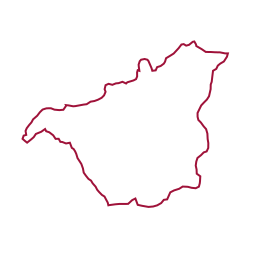 Alethriko, Larnaca, Cyprus (Natural Earth projection), rotated 85°
{"feature_id": "46923920B84228203129676", "entity_name": "Alethriko", "entity_type": "district", "adm_level": 2, "iso_a3": "CYP", "parent_name": "Cyprus", "parent_adm1": "Larnaca", "projection": "natural_earth1", "projection_center": [33.491, 34.86], "detail": "fine", "context": "isolated", "style": "outline", "palette": "rose", "viewbox_px": 256, "rotation_deg": 85, "n_neighbors": 0, "source": "geoboundaries", "source_scale": "gbopen_adm2", "svg_char_len": 2138}
<svg xmlns="http://www.w3.org/2000/svg" viewBox="0 0 256 256"><g transform="rotate(85 128 128)"><path d="M47.6,54.4L47.8,56.0L50.5,60.0L51.0,62.9L49.3,65.2L49.5,67.5L52.9,70.6L57.8,76.0L59.6,79.5L61.8,84.0L65.1,85.3L67.0,86.7L69.1,90.1L69.9,93.7L73.0,95.4L73.1,98.8L70.2,99.4L63.0,101.8L61.7,102.7L60.7,105.4L61.1,109.0L62.5,110.5L65.8,111.9L67.9,111.9L72.0,111.7L71.3,113.3L73.4,114.1L77.4,114.4L80.0,115.7L81.1,118.4L82.4,124.7L83.5,126.0L81.5,129.5L82.5,133.5L82.5,136.2L83.6,139.8L82.3,143.5L83.4,146.6L87.3,147.9L90.0,147.2L93.4,149.0L95.6,151.6L97.2,155.4L98.2,159.1L98.5,163.0L100.7,167.1L100.8,170.1L101.1,173.2L101.6,178.5L101.6,180.7L100.3,185.3L99.8,187.8L100.3,187.6L104.2,190.8L104.2,194.9L103.3,199.7L101.6,203.1L101.3,207.4L101.7,209.4L102.2,211.5L104.6,214.4L107.9,217.4L111.1,221.8L114.0,223.7L116.4,226.2L119.4,228.9L122.0,230.3L126.0,230.0L126.5,232.6L129.6,234.0L132.2,231.5L133.8,229.8L130.8,225.3L128.9,222.7L125.9,220.3L124.2,214.8L121.8,210.7L124.1,209.8L125.4,206.8L128.8,203.1L132.5,201.1L132.7,198.0L135.9,196.6L136.2,194.7L138.0,191.1L137.6,187.2L142.9,185.7L144.2,184.0L146.7,182.7L149.3,181.8L153.6,180.9L157.5,178.8L159.8,177.6L164.4,176.4L168.6,176.0L172.0,174.0L175.3,171.8L177.2,169.4L180.1,168.0L183.6,165.4L186.8,164.1L189.2,162.4L192.4,159.8L194.2,157.4L198.0,155.8L200.5,154.7L203.3,154.3L203.2,153.6L202.9,147.3L202.9,143.1L203.3,138.7L203.6,134.5L200.2,130.1L198.9,126.8L205.4,125.0L206.7,120.9L208.4,114.5L208.4,109.8L207.6,105.7L205.7,101.5L202.7,98.6L202.5,95.2L195.8,91.5L194.2,87.6L193.0,82.3L191.1,78.6L191.8,73.5L193.1,69.9L193.9,65.8L192.6,62.5L189.3,61.3L187.3,60.9L182.4,60.2L179.5,63.5L175.3,63.3L171.4,63.8L167.4,62.9L163.9,61.4L161.4,57.6L158.9,54.7L158.2,51.7L154.9,49.8L150.0,49.3L145.9,49.6L140.5,49.4L135.9,50.3L132.9,52.5L128.9,54.9L126.1,57.2L122.9,57.7L119.1,57.4L115.4,55.2L111.9,53.1L109.3,50.2L106.5,46.9L103.4,44.5L96.5,42.3L91.9,41.8L89.3,40.6L84.0,39.5L78.4,38.3L76.8,34.9L73.7,33.1L71.9,30.5L70.1,26.7L65.6,23.2L62.4,22.0L62.1,24.9L60.6,30.0L60.2,34.3L59.6,38.2L59.0,43.9L55.8,47.8L52.3,52.8L50.6,53.0L47.6,54.4Z" fill="none" stroke="#9f1239" stroke-width="2"/></g></svg>